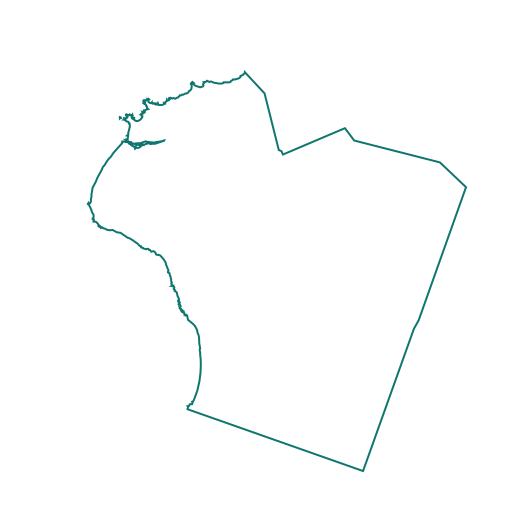 Deseado, Santa Cruz, Argentina, rotated 201°
{"feature_id": "61730980B75519794586759", "entity_name": "Deseado", "entity_type": "district", "adm_level": 2, "iso_a3": "ARG", "parent_name": "Argentina", "parent_adm1": "Santa Cruz", "projection": "albers", "projection_center": [-66.461, -47.291], "detail": "fine", "context": "isolated", "style": "outline", "palette": "teal", "viewbox_px": 512, "rotation_deg": 201, "n_neighbors": 0, "source": "geoboundaries", "source_scale": "gbopen_adm2", "svg_char_len": 6143}
<svg xmlns="http://www.w3.org/2000/svg" viewBox="0 0 512 512"><g transform="rotate(201 256 256)"><path d="M79.0,93.6L82.5,244.6L81.1,254.2L84.6,395.5L117.9,409.3L205.7,399.0L218.8,407.2L267.2,360.4L269.8,363.0L272.7,363.1L306.3,410.9L332.3,423.6L332.0,422.5L333.4,420.0L335.0,418.6L334.6,417.6L335.6,415.8L338.8,413.3L340.8,412.6L340.9,411.8L342.1,410.4L342.2,409.4L343.8,408.2L348.4,406.6L348.3,406.0L349.2,405.1L351.9,403.8L357.6,402.7L360.6,402.8L361.9,401.8L364.6,402.0L364.9,401.0L367.0,399.7L366.3,399.4L367.0,398.0L366.9,397.3L366.1,396.3L366.3,395.3L368.6,393.5L373.3,393.2L375.4,393.7L376.4,394.8L377.1,393.9L377.5,394.3L378.0,394.1L377.7,395.3L377.1,395.5L377.7,395.7L378.4,394.6L378.5,393.8L378.2,393.5L377.7,393.7L378.2,393.1L377.5,392.8L376.7,391.1L376.2,388.6L376.7,387.1L377.7,385.9L377.7,384.8L378.2,383.8L379.1,382.8L380.4,382.2L381.7,380.5L382.9,380.2L383.4,379.2L384.7,378.7L384.7,378.0L385.2,377.3L385.3,376.3L386.2,375.8L387.7,373.9L389.7,373.9L390.3,373.1L392.6,373.1L393.6,372.5L394.0,371.8L393.8,371.2L393.0,371.1L393.4,370.6L393.2,370.2L394.7,369.0L394.9,369.2L394.8,368.8L395.2,368.6L395.5,367.2L395.8,367.0L395.5,365.9L396.8,365.9L396.3,365.0L397.3,363.7L400.8,362.1L402.1,362.5L402.0,363.2L402.2,363.4L402.2,362.7L402.7,362.6L402.6,362.0L403.6,361.5L405.1,361.6L405.2,362.0L405.0,362.3L406.1,362.0L406.9,361.3L407.3,361.7L408.0,361.5L408.3,362.1L408.6,361.1L409.7,360.9L411.6,361.3L412.4,362.7L412.2,363.1L411.5,362.9L412.1,363.3L411.8,363.9L412.6,364.1L412.5,363.5L412.9,363.5L412.5,363.2L412.7,362.5L413.6,362.9L414.0,362.5L414.0,363.0L414.4,362.2L415.5,361.6L414.7,361.6L414.9,361.3L414.7,360.5L415.8,361.3L415.4,360.9L415.7,360.2L416.0,360.9L416.5,361.3L416.7,361.0L415.7,360.0L416.3,359.7L415.7,359.1L415.9,358.3L412.7,357.6L412.1,356.9L412.1,356.6L411.4,356.4L410.4,354.3L410.0,354.8L409.3,354.5L411.2,353.1L411.7,352.0L412.7,351.9L412.6,351.4L411.8,351.2L412.2,351.1L412.1,350.8L411.4,350.5L411.7,349.7L412.1,349.6L412.2,350.0L413.0,349.9L413.2,350.2L413.5,350.1L413.3,350.0L413.5,349.4L412.6,349.0L412.6,348.4L413.3,348.1L413.3,347.6L413.9,347.4L413.8,347.0L414.2,346.6L413.0,346.4L412.6,345.5L412.1,345.6L411.9,344.8L412.8,341.9L414.3,340.0L416.0,339.1L418.2,339.3L418.9,339.9L419.1,340.5L418.6,340.9L419.0,340.8L419.2,341.3L419.7,341.2L419.2,340.9L419.6,339.9L421.0,340.0L421.8,340.9L421.4,342.8L421.8,343.3L421.8,342.6L422.1,342.6L422.3,343.4L423.5,342.4L424.7,342.9L425.2,341.7L427.6,341.9L428.1,341.4L427.7,340.6L426.4,340.9L425.9,339.9L426.2,339.5L425.9,339.1L426.4,338.0L428.3,337.5L428.1,337.3L428.4,337.2L428.3,336.9L427.4,336.4L427.9,335.9L426.6,336.1L425.6,335.3L423.3,335.5L422.4,334.8L422.2,334.2L421.3,334.2L420.1,331.4L419.4,325.2L418.6,323.1L418.8,322.4L419.4,322.5L419.6,322.1L418.8,322.2L418.3,321.8L418.2,321.2L418.6,321.0L418.2,321.1L417.8,319.4L417.8,318.8L418.3,318.6L416.7,317.6L417.0,317.2L417.5,317.6L418.9,317.4L418.2,317.1L417.6,317.3L416.9,317.1L415.6,316.9L413.2,317.6L412.0,316.5L411.0,317.1L409.7,317.0L408.9,317.9L406.1,319.2L405.4,319.1L400.1,323.5L397.7,323.7L396.6,324.2L395.7,323.9L394.9,324.5L391.1,325.6L390.1,326.6L385.9,328.8L383.1,331.0L383.1,330.7L390.7,324.4L392.1,324.1L394.6,322.7L397.0,322.8L398.0,321.7L398.6,321.7L400.5,319.4L401.6,318.9L402.8,317.4L403.3,316.1L404.8,314.6L406.3,314.2L407.0,314.6L407.6,314.5L407.2,313.4L407.4,312.8L407.7,313.1L407.7,314.7L409.2,314.3L410.2,314.4L410.1,314.7L410.8,314.9L411.5,314.7L415.0,315.5L416.6,316.5L418.6,315.6L420.4,315.6L421.5,314.6L421.6,315.1L421.9,315.0L421.9,314.4L421.4,314.2L421.4,313.4L426.0,301.3L427.2,296.3L428.4,293.7L429.1,291.1L429.9,286.6L430.8,284.3L431.0,280.0L432.1,272.5L432.2,267.7L433.0,261.2L431.6,254.2L430.8,252.3L430.6,250.2L429.9,248.5L429.6,246.9L429.8,245.9L430.4,245.1L430.9,245.0L431.4,245.5L431.6,244.2L430.7,244.1L428.8,242.6L426.2,240.0L425.1,238.4L422.3,236.1L421.4,233.7L421.4,232.6L421.8,232.7L421.9,232.1L420.3,231.7L419.8,230.7L420.3,230.6L420.0,229.9L417.9,230.5L416.9,230.3L414.1,228.8L414.0,228.0L413.6,228.0L413.9,227.6L413.6,227.3L413.0,227.2L413.2,227.7L412.6,228.0L411.9,227.8L411.6,227.2L410.7,227.4L410.5,226.8L409.5,227.6L408.6,227.1L406.9,227.4L404.8,227.1L401.7,227.6L399.3,228.9L394.4,228.3L390.8,229.1L382.2,227.0L381.3,227.3L376.9,226.6L370.1,224.8L368.8,223.9L367.0,223.7L366.6,223.2L366.4,223.5L365.9,223.0L364.4,223.0L364.3,222.7L361.0,222.9L360.6,223.5L358.9,224.1L358.0,223.3L357.0,223.5L355.3,222.5L353.8,223.6L352.5,223.7L351.0,223.0L350.0,221.7L348.6,221.6L347.3,222.2L345.4,222.1L341.2,219.9L338.2,217.7L336.8,215.7L332.4,210.9L332.6,209.7L332.2,209.1L330.5,208.9L329.4,206.9L328.6,206.4L326.5,203.1L326.3,202.2L325.0,201.0L325.3,200.2L325.1,199.7L324.4,199.3L323.8,198.3L324.0,198.0L323.5,198.2L323.7,197.8L323.1,197.8L322.6,198.5L321.9,198.2L320.8,197.0L321.1,196.0L320.9,195.6L319.5,195.1L319.4,194.2L317.1,193.8L314.8,190.4L312.8,188.6L311.9,186.9L312.2,186.3L311.9,186.1L312.5,186.1L312.2,185.5L310.9,185.6L310.6,185.3L310.8,184.8L310.3,183.9L310.6,184.2L310.7,183.6L310.9,184.0L311.0,183.5L309.7,183.5L308.3,182.0L309.0,180.7L308.6,179.9L308.0,179.6L307.6,180.0L306.2,179.3L306.3,178.7L305.5,178.6L306.2,178.1L305.5,177.4L304.7,177.3L304.5,178.0L303.9,177.2L303.3,177.1L303.0,177.5L302.4,176.6L302.4,177.3L301.5,175.6L300.3,175.3L299.8,176.1L298.9,175.7L296.7,172.1L290.1,169.9L287.7,168.6L284.3,165.6L283.2,163.5L281.7,162.1L280.0,159.6L277.6,154.0L275.0,149.7L275.0,148.2L273.2,145.3L273.0,144.3L270.6,139.7L268.2,133.8L265.9,126.8L263.9,118.6L262.5,109.1L262.4,99.4L262.6,97.9L263.4,97.0L262.6,96.4L262.6,94.8L264.5,94.1L264.9,91.8L266.0,91.3L265.3,90.8L265.0,88.4L79.0,93.6ZM408.7,316.9L407.3,316.8L406.1,317.6L404.4,317.6L403.2,318.8L403.3,319.6L403.0,320.1L403.7,320.3L405.9,318.2L407.2,318.4L407.4,317.5L407.6,317.9L407.3,318.2L407.5,318.2L408.7,317.4L408.7,316.9ZM432.9,336.9L432.4,335.7L432.1,336.3L431.6,336.5L432.2,337.0L432.9,336.9ZM393.8,323.5L394.6,323.7L395.2,323.1L394.6,323.0L393.8,323.5ZM413.5,317.0L413.0,316.4L412.4,316.7L413.2,317.4L413.5,317.0ZM402.1,319.4L402.0,318.7L400.8,319.6L401.4,319.7L402.1,319.4ZM392.3,324.2L393.5,324.1L393.6,323.9L393.1,323.7L392.3,324.2Z" fill="none" stroke="#0f766e" stroke-width="2"/></g></svg>